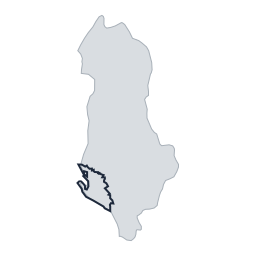 Vlorë, Vlorë, Albania (highlighted)
{"feature_id": "67620474B72762453157270", "entity_name": "Vlorë", "entity_type": "district", "adm_level": 2, "iso_a3": "ALB", "parent_name": "Albania", "parent_adm1": "Vlorë", "projection": "equal_earth", "projection_center": [19.584, 40.349], "detail": "fine", "context": "in_parent", "style": "outline", "palette": "slate", "viewbox_px": 256, "rotation_deg": 0, "n_neighbors": 0, "source": "geoboundaries", "source_scale": "gbopen_adm2", "svg_char_len": 2205}
<svg xmlns="http://www.w3.org/2000/svg" viewBox="0 0 256 256"><path d="M81.3,73.4L81.5,69.7L82.4,63.8L81.9,61.8L82.4,58.4L80.7,54.0L77.8,50.7L80.6,45.0L84.6,38.1L88.3,32.6L92.9,26.9L95.9,21.5L99.1,16.8L101.9,15.4L103.3,16.4L104.0,18.4L103.9,24.5L104.8,26.6L106.7,28.1L110.8,27.4L115.3,25.9L121.4,22.6L122.4,22.8L124.7,24.5L129.4,31.9L132.5,38.3L138.7,40.6L142.1,43.1L146.5,46.9L148.7,50.8L151.7,62.6L152.1,69.8L151.2,73.0L150.5,73.9L147.8,85.5L148.5,91.5L148.5,95.4L146.2,97.0L144.6,99.4L147.2,109.2L146.9,113.3L147.0,118.1L151.6,129.0L154.3,132.4L156.7,134.0L159.8,144.0L161.6,145.7L169.1,144.8L172.7,145.9L174.2,148.3L174.5,149.9L174.1,155.6L175.9,159.9L178.5,164.4L178.5,167.1L176.8,171.6L173.9,176.8L169.9,178.8L165.6,180.5L163.5,184.5L162.5,188.9L160.6,192.1L159.4,195.6L157.6,202.7L157.2,205.4L154.2,208.0L149.6,209.1L145.5,209.3L142.8,210.5L141.4,213.0L138.8,215.0L137.2,215.8L137.2,218.0L139.1,222.6L141.3,226.3L141.3,229.3L140.3,230.1L136.9,229.7L136.2,230.8L135.9,234.2L135.0,237.0L133.6,238.7L131.2,240.6L126.8,240.0L122.7,237.2L120.5,236.3L119.3,236.4L118.9,229.4L117.2,224.0L110.6,211.0L89.4,198.3L84.4,192.7L82.2,187.9L80.0,183.4L82.1,183.3L84.2,184.4L86.8,185.8L87.9,183.5L86.8,178.6L81.3,167.1L80.9,164.0L83.6,154.4L88.1,143.6L87.8,130.6L89.1,120.8L87.6,114.5L86.9,106.7L90.1,96.3L92.9,93.8L94.6,90.5L94.7,79.5L88.5,74.3L81.3,73.4Z" fill="#d9dde1" stroke="#a8b0b8" stroke-width="1"/><path d="M78.4,164.5L83.9,174.7L84.1,171.2L87.1,172.1L87.1,176.6L85.0,175.0L83.3,176.1L88.2,181.2L88.4,186.4L86.8,189.5L85.1,189.0L85.0,188.1L85.1,186.2L84.1,184.6L82.9,183.2L81.2,181.5L80.2,181.3L79.0,181.5L77.5,183.0L81.7,188.8L82.3,191.7L86.1,196.8L93.4,200.6L103.5,206.5L104.7,208.3L110.2,211.1L110.2,206.3L109.9,204.9L110.9,203.2L113.3,203.5L112.3,200.3L110.2,198.3L110.2,195.2L108.6,194.7L109.7,193.6L104.9,188.3L108.0,186.3L107.3,184.9L106.3,183.2L104.0,181.8L104.1,180.2L104.9,178.8L104.8,177.4L102.3,177.3L103.6,175.1L102.4,174.7L101.4,174.4L100.9,174.2L100.6,173.7L99.7,173.8L99.2,173.8L99.3,173.0L98.0,173.1L98.1,172.2L94.7,172.0L93.7,171.2L93.7,169.8L91.9,170.4L91.9,168.6L89.5,168.8L87.5,166.9L86.8,165.6L85.2,166.6L81.8,164.6L78.4,164.5Z" fill="none" stroke="#1e293b" stroke-width="2"/></svg>